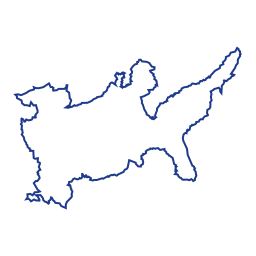 Zacualtipán de Ángeles, Hidalgo, Mexico
{"feature_id": "50627088B25803309385917", "entity_name": "Zacualtipán de Ángeles", "entity_type": "district", "adm_level": 2, "iso_a3": "MEX", "parent_name": "Mexico", "parent_adm1": "Hidalgo", "projection": "albers", "projection_center": [-98.564, 20.652], "detail": "fine", "context": "isolated", "style": "outline", "palette": "blue", "viewbox_px": 256, "rotation_deg": 0, "n_neighbors": 0, "source": "geoboundaries", "source_scale": "gbopen_adm2", "svg_char_len": 5739}
<svg xmlns="http://www.w3.org/2000/svg" viewBox="0 0 256 256"><path d="M175.1,174.1L177.7,174.5L178.6,176.5L179.8,177.6L180.9,177.9L182.5,179.7L187.5,179.6L189.3,180.2L191.3,179.1L192.8,180.2L193.2,181.0L194.9,180.1L194.9,178.7L196.3,175.8L195.6,171.6L194.2,169.7L195.0,168.3L194.3,167.9L194.0,166.6L192.3,165.6L187.7,154.8L187.0,148.8L183.3,140.8L182.8,138.1L183.6,134.4L185.3,133.0L186.4,133.2L186.3,132.6L187.7,130.9L187.0,130.4L187.5,129.7L188.8,130.1L189.6,129.7L190.4,126.1L191.7,125.8L192.1,124.8L193.3,125.0L195.4,124.1L196.2,123.2L196.2,122.1L198.8,121.6L199.7,119.9L200.8,119.2L202.8,119.3L203.4,117.8L204.8,116.4L207.4,115.6L208.0,115.0L207.0,113.2L207.4,109.8L209.4,108.7L210.2,107.5L210.5,103.8L210.1,102.3L211.6,100.5L210.9,97.0L211.5,93.9L210.6,91.5L213.6,89.8L214.1,89.1L218.8,87.7L220.1,89.6L220.2,91.6L221.4,93.1L221.8,85.8L223.4,84.0L224.6,81.3L223.3,80.2L226.5,81.1L228.6,79.1L230.4,78.3L231.8,76.2L233.4,75.8L234.2,74.9L231.0,73.9L234.8,68.3L236.2,65.0L237.7,63.4L237.9,59.4L240.2,55.9L239.9,54.6L240.6,54.0L239.9,52.5L240.0,51.4L238.7,50.2L238.5,49.0L237.1,48.0L235.2,51.6L230.7,52.7L229.3,55.5L225.9,57.0L225.8,58.8L224.9,60.5L222.9,62.2L223.3,64.2L220.2,65.6L219.8,68.1L215.0,70.8L210.3,75.9L210.2,77.4L209.5,77.6L208.6,76.7L207.4,78.1L206.5,78.2L205.5,79.9L204.5,80.3L203.5,79.8L202.0,81.2L200.4,81.0L198.8,83.5L198.1,83.2L196.0,84.1L192.3,83.5L190.6,85.5L188.6,85.9L188.0,86.7L184.1,87.3L181.7,88.5L181.2,90.3L179.1,91.2L179.3,92.1L178.7,92.9L174.7,93.3L174.4,93.6L174.9,94.4L173.3,95.0L173.6,95.6L172.8,96.6L171.1,95.4L169.4,97.1L168.1,97.3L167.1,99.3L167.3,100.7L166.6,100.5L166.1,101.8L164.8,101.9L163.1,103.3L160.2,103.4L159.9,104.8L157.1,108.4L157.0,110.3L155.1,115.4L155.2,116.6L156.1,117.2L153.8,119.2L153.4,119.1L153.9,118.5L153.5,118.7L153.1,117.7L152.5,118.8L151.6,118.7L151.1,118.0L151.3,117.4L150.3,117.6L149.2,115.9L146.6,114.5L146.5,113.1L144.3,109.4L142.8,104.6L141.9,103.1L142.0,101.0L140.8,97.2L143.7,96.3L148.7,93.8L149.7,92.1L148.5,90.0L153.1,89.7L154.0,87.8L155.6,86.8L155.5,85.0L156.3,84.5L157.1,85.1L156.3,80.2L156.0,81.1L155.9,80.1L154.3,79.1L154.8,77.5L153.2,75.2L153.7,74.2L150.8,72.1L150.1,70.7L154.3,69.4L154.6,67.3L151.7,66.5L149.2,62.9L146.5,61.8L142.0,61.4L140.7,59.7L139.1,59.8L138.2,62.0L137.2,62.0L137.1,63.8L135.0,64.4L132.9,66.3L130.8,69.2L132.1,71.5L131.8,73.3L130.1,74.7L130.8,76.1L131.4,76.3L130.2,79.1L131.6,81.2L130.4,81.4L130.7,84.0L128.8,84.8L128.2,84.3L127.6,85.2L126.9,85.0L127.0,85.6L126.2,85.6L125.7,86.7L122.9,87.1L122.5,87.7L120.6,86.5L121.9,85.4L121.2,84.4L122.0,83.6L121.5,82.1L122.3,82.1L122.0,81.0L122.5,80.3L121.8,79.2L121.8,78.3L124.1,77.5L123.6,76.9L124.1,76.6L123.6,74.2L124.7,73.2L123.0,72.4L121.7,73.1L121.7,73.9L120.0,74.1L119.8,73.7L119.8,74.1L118.7,73.5L118.3,74.3L116.9,72.9L115.0,75.6L116.8,77.9L117.2,79.3L116.6,79.5L115.5,81.7L115.0,83.7L115.5,84.7L112.1,82.5L111.3,82.6L109.9,83.8L109.2,86.5L107.9,86.9L106.8,90.5L104.9,92.2L103.6,92.6L103.5,93.8L102.1,95.3L102.3,95.8L100.8,96.5L97.1,97.1L96.8,97.8L93.3,99.4L91.7,100.9L87.4,102.8L81.8,102.9L81.0,104.1L78.2,104.8L77.5,105.5L75.0,105.7L74.4,105.2L71.9,106.9L70.5,107.1L70.3,106.7L68.5,107.8L65.8,107.5L68.2,105.8L69.2,105.9L71.2,100.6L70.6,99.1L69.8,98.5L69.1,92.6L66.5,90.8L67.3,85.2L66.6,85.2L66.2,87.0L64.5,88.9L58.6,88.9L56.8,90.2L53.3,90.6L53.0,89.3L53.5,88.0L52.2,87.0L50.7,87.1L49.0,83.4L43.2,87.2L38.7,88.2L35.9,88.1L33.9,87.3L34.3,88.7L33.9,89.5L29.4,90.8L26.1,93.0L21.7,94.9L20.9,95.1L18.1,94.3L15.4,94.7L16.9,96.2L17.0,98.1L21.5,100.4L22.1,103.3L24.5,105.2L27.1,105.2L29.7,106.1L31.0,102.2L33.6,105.5L35.9,105.1L37.6,110.7L37.6,112.3L35.5,114.8L35.7,117.5L35.1,117.6L34.6,116.8L34.2,117.4L32.6,117.3L32.4,118.7L31.6,119.7L28.8,120.4L26.2,119.5L25.3,121.4L24.4,121.6L23.2,119.4L20.9,118.2L21.6,119.0L21.4,120.8L21.9,122.6L20.9,124.1L22.0,125.5L21.5,129.3L22.1,129.5L22.7,132.8L21.7,134.5L23.8,137.2L24.4,140.2L26.2,143.1L26.3,144.2L27.4,145.3L27.5,146.9L28.6,148.0L29.6,148.3L29.6,149.2L30.4,149.6L30.1,150.9L33.3,150.9L33.7,157.9L35.1,158.8L37.9,158.2L37.7,161.5L37.9,162.1L39.7,162.7L40.0,163.4L38.8,166.9L40.3,169.8L39.0,170.4L37.4,172.3L38.3,173.4L37.7,174.1L39.2,176.2L39.6,178.2L37.4,181.0L35.7,181.1L33.8,183.1L37.5,189.5L39.8,191.5L37.9,192.1L34.7,192.3L32.6,195.3L30.1,193.9L27.4,194.3L27.7,197.3L26.4,199.1L27.7,198.8L29.4,199.3L31.0,201.3L34.1,199.5L35.8,200.4L39.4,200.6L39.5,199.8L37.8,196.6L36.0,195.2L40.5,195.1L43.0,198.3L43.2,200.0L44.9,201.6L46.5,202.1L48.4,203.6L49.2,202.8L48.7,201.0L50.4,199.9L51.1,197.4L52.0,197.9L53.2,200.5L54.3,201.1L55.3,202.8L59.7,203.4L61.2,206.0L65.8,208.0L65.8,204.5L66.9,201.9L71.4,197.3L71.9,196.2L71.6,194.3L72.4,191.5L71.2,189.6L71.4,189.0L70.7,188.0L70.4,185.8L70.1,185.2L69.2,185.5L67.9,185.0L68.7,184.3L69.2,181.9L71.6,181.6L73.2,179.1L74.5,178.4L77.2,179.4L79.1,178.8L79.7,178.0L80.5,178.5L81.5,178.2L82.3,176.7L82.0,173.3L84.4,176.9L86.0,175.3L86.6,175.9L86.4,177.0L87.8,177.3L88.6,176.7L90.9,178.2L90.1,179.8L92.8,180.5L94.1,179.9L96.7,180.0L102.2,178.3L103.2,178.7L107.8,176.2L108.2,176.9L108.9,176.8L109.9,175.6L111.9,174.9L112.9,175.2L114.3,174.5L116.5,175.6L117.3,175.3L117.7,174.7L123.5,171.9L124.8,169.7L126.7,168.9L127.7,167.4L129.2,160.2L135.7,162.7L135.9,163.9L138.2,166.4L140.9,166.5L141.2,165.0L142.8,164.2L143.2,162.4L142.6,159.4L141.4,159.0L141.7,157.7L141.2,156.9L141.6,155.5L142.8,155.3L143.2,153.9L144.1,154.2L146.0,153.1L145.8,151.3L147.7,149.9L150.0,149.2L150.3,148.5L152.5,148.9L153.2,148.2L155.1,148.7L158.0,148.1L160.1,149.9L164.5,149.0L164.5,150.5L166.2,152.0L166.6,153.5L168.4,154.4L168.8,155.5L169.8,155.8L172.7,158.0L174.1,164.0L176.1,165.3L175.6,166.4L176.4,166.7L175.7,167.5L175.4,170.5L176.4,170.0L176.9,170.8L175.9,171.0L175.9,173.3L175.1,174.1Z" fill="none" stroke="#1e3a8a" stroke-width="2"/></svg>